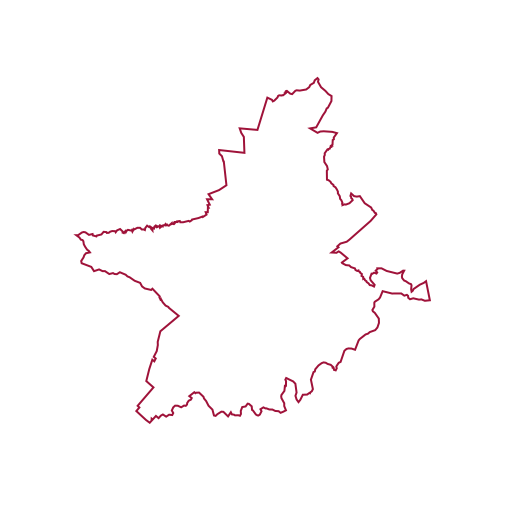 Palmar de Bravo, Puebla, Mexico, rotated 284°
{"feature_id": "50627088B49956020835761", "entity_name": "Palmar de Bravo", "entity_type": "district", "adm_level": 2, "iso_a3": "MEX", "parent_name": "Mexico", "parent_adm1": "Puebla", "projection": "robinson", "projection_center": [-97.52, 18.838], "detail": "fine", "context": "isolated", "style": "outline", "palette": "rose", "viewbox_px": 512, "rotation_deg": 284, "n_neighbors": 0, "source": "geoboundaries", "source_scale": "gbopen_adm2", "svg_char_len": 6098}
<svg xmlns="http://www.w3.org/2000/svg" viewBox="0 0 512 512"><g transform="rotate(284 256 256)"><path d="M232.7,76.6L231.2,80.2L229.5,82.1L229.5,83.8L228.6,84.9L225.7,86.1L223.6,88.0L221.2,90.7L220.6,92.4L219.3,94.0L217.6,90.4L215.2,89.2L212.9,89.0L208.8,87.6L206.8,88.6L205.6,98.8L202.1,102.5L205.0,107.0L204.2,110.7L204.8,113.1L203.0,118.0L204.8,121.4L204.3,123.1L204.7,125.4L207.3,127.8L206.3,134.1L205.1,136.2L204.8,138.5L202.6,144.3L201.9,150.1L198.9,152.8L197.6,156.0L197.7,162.5L199.2,163.4L193.5,172.4L192.5,172.3L191.2,173.4L191.5,173.8L190.4,174.2L190.7,174.7L188.5,176.7L186.0,180.3L185.4,183.2L184.6,184.1L179.2,195.5L159.8,181.4L148.9,181.4L145.8,182.3L139.7,182.7L133.4,181.2L132.3,183.5L129.2,182.8L130.3,180.5L120.6,179.8L108.1,179.8L103.7,188.3L82.0,177.4L80.8,179.5L76.6,177.4L70.3,188.9L68.5,193.2L71.6,194.9L71.9,194.3L72.9,194.1L72.3,195.3L76.6,197.6L75.1,200.7L78.1,202.3L79.7,204.0L78.4,207.7L81.0,210.1L81.4,213.2L83.6,213.7L85.7,211.7L89.1,212.3L91.2,213.7L91.8,216.3L91.1,220.0L93.5,222.4L93.6,224.1L95.2,225.0L96.7,224.8L99.3,225.7L100.9,227.6L102.6,228.0L103.9,225.2L108.9,229.1L108.2,230.4L108.9,231.1L109.7,233.8L106.7,239.1L105.2,240.0L103.2,242.7L99.2,246.2L96.4,250.9L91.1,253.8L91.1,255.5L93.2,256.8L96.6,260.1L96.9,262.1L93.6,267.7L98.3,269.4L96.5,270.9L96.7,273.1L96.3,274.1L97.2,277.4L97.1,279.1L99.1,279.6L102.0,278.7L106.1,279.2L107.5,282.3L110.7,283.6L110.8,284.9L109.1,288.2L105.7,289.4L105.4,290.4L102.2,294.2L101.7,295.9L101.8,296.9L103.1,298.1L106.7,298.9L108.4,297.4L110.9,299.8L110.4,302.1L110.7,303.0L110.3,306.1L111.0,309.0L110.3,312.2L110.9,315.5L109.8,317.8L111.4,320.0L113.5,322.4L117.2,319.7L120.0,319.0L124.2,315.1L125.9,314.4L127.3,314.3L132.0,316.2L136.7,315.5L136.5,316.1L137.2,316.5L141.9,315.4L143.1,314.4L144.9,314.8L143.3,322.4L141.6,325.1L133.3,328.4L129.9,328.1L126.6,330.1L124.5,332.6L127.2,333.8L132.7,335.0L133.9,339.1L136.0,340.9L135.9,341.6L136.8,341.7L138.3,342.9L140.6,343.4L149.3,339.2L157.3,339.9L158.2,341.0L160.4,340.9L164.9,343.1L167.9,345.6L169.1,347.3L169.3,349.5L168.6,351.6L168.5,354.8L166.8,357.9L166.1,357.5L165.7,358.7L164.4,359.2L164.3,361.0L166.6,361.5L168.1,360.7L169.1,360.9L172.4,362.1L173.7,363.7L185.4,364.7L187.7,366.3L188.7,368.1L189.3,371.1L189.0,374.8L198.9,376.0L200.6,376.8L206.4,381.3L207.7,383.4L209.7,384.8L212.9,389.6L216.0,391.1L220.8,391.5L225.0,390.3L229.6,385.0L230.6,382.8L231.8,382.0L235.5,383.1L239.3,382.1L240.3,382.3L243.6,385.4L245.7,386.4L252.5,387.4L252.5,397.0L254.8,406.0L253.4,409.5L254.8,411.8L254.1,413.2L252.3,413.8L251.3,415.9L253.0,418.8L253.1,424.7L253.9,427.0L253.4,430.7L255.1,435.4L272.7,427.1L270.5,425.3L267.8,421.9L262.1,416.9L260.2,416.5L259.0,415.6L261.2,414.6L265.2,414.0L266.2,413.2L266.4,411.1L267.8,407.4L268.0,405.7L269.8,403.3L271.1,402.6L273.5,402.3L277.6,403.3L277.4,402.3L274.4,399.5L273.1,397.3L273.1,386.4L274.4,380.8L273.4,376.7L272.7,377.0L270.8,375.7L269.3,377.6L268.1,377.1L268.4,374.6L266.8,373.1L266.8,372.4L262.3,371.9L260.2,373.1L256.7,378.1L254.9,377.9L255.5,375.4L255.3,373.4L256.7,371.8L257.5,369.7L258.3,369.2L258.8,367.7L260.0,366.7L260.3,366.1L259.8,365.6L261.7,365.0L262.2,363.2L264.1,363.1L265.1,360.9L265.8,360.6L266.1,359.0L266.7,358.8L266.0,357.8L266.5,355.9L267.9,355.0L268.2,350.9L269.4,348.8L268.9,345.4L269.9,341.4L270.4,340.9L275.9,345.4L279.8,337.3L280.5,335.1L278.6,333.3L277.7,328.6L284.4,333.9L285.1,332.6L288.5,334.9L291.8,340.6L294.5,342.7L317.7,358.7L325.5,362.7L326.6,361.9L326.6,360.9L328.4,359.0L328.8,357.7L330.9,356.0L333.5,348.7L339.2,342.3L338.0,339.4L337.8,336.7L339.7,333.2L337.1,333.1L336.5,333.9L335.1,334.5L334.7,335.5L333.6,336.3L329.8,333.9L327.6,330.7L327.6,329.6L326.4,327.8L327.1,327.8L327.4,326.9L328.5,327.0L330.8,325.3L331.8,323.8L334.3,322.8L336.6,320.3L338.3,319.9L340.1,318.4L341.9,316.5L342.6,314.4L343.7,313.9L344.8,311.4L346.0,310.4L347.1,308.1L347.2,306.4L355.9,304.1L357.4,304.7L360.4,303.2L363.7,299.6L368.8,298.0L370.7,298.3L372.3,297.8L376.6,299.5L376.6,300.3L377.3,300.3L378.0,301.6L379.6,301.8L380.0,302.6L380.8,302.1L381.2,303.0L381.6,302.5L382.5,303.3L387.1,302.4L388.1,303.3L389.8,302.8L394.8,304.8L394.9,300.0L393.4,291.5L392.3,288.2L390.4,285.9L392.9,277.6L395.4,283.3L408.6,286.8L412.9,288.4L416.3,288.9L417.3,289.9L424.6,291.7L429.5,290.6L430.6,287.0L433.0,283.4L435.5,278.3L440.0,274.0L442.5,274.0L443.5,272.6L440.7,270.5L438.0,270.2L435.1,267.3L432.7,266.8L429.7,264.4L427.1,258.5L426.6,255.3L425.8,254.2L421.8,251.9L421.8,249.9L423.7,246.0L423.4,245.3L422.9,245.0L422.3,246.0L421.3,244.8L421.0,245.3L418.5,243.4L418.3,242.1L418.7,241.9L417.9,241.9L417.5,239.6L416.6,238.7L415.0,238.5L411.1,236.1L410.1,234.9L411.4,233.7L412.4,228.7L378.7,226.9L375.9,209.3L371.9,211.9L368.6,215.4L353.3,219.8L349.9,194.6L346.5,195.6L344.6,198.8L339.9,201.5L339.9,201.9L317.5,210.2L311.0,204.2L304.5,195.0L300.4,199.7L299.2,194.8L294.6,198.7L293.6,196.6L291.5,198.3L291.4,197.6L286.8,198.6L286.3,196.6L284.2,198.0L281.0,195.0L281.4,194.6L278.9,191.0L275.9,185.1L275.1,185.0L273.4,183.4L273.8,182.2L271.1,177.1L270.4,174.4L271.5,173.6L270.5,171.1L269.9,171.4L269.3,168.9L268.2,169.3L267.1,168.7L267.0,168.1L267.7,167.7L266.4,166.1L267.1,166.0L264.3,164.1L264.4,162.6L265.1,161.9L264.9,161.3L264.1,161.7L263.9,161.3L264.9,160.4L263.7,160.0L263.6,158.5L264.0,158.4L262.1,158.4L262.4,156.2L261.4,156.9L260.2,156.0L261.7,155.2L262.3,155.6L260.5,153.6L261.0,153.2L260.8,152.8L260.2,153.0L259.8,152.5L260.5,151.4L262.1,151.9L259.9,150.3L258.0,150.4L258.1,149.4L257.7,149.6L257.1,148.9L255.8,149.3L256.8,147.9L257.2,148.4L258.5,147.4L259.0,146.1L258.2,146.1L258.2,145.3L259.1,143.0L256.4,141.8L254.3,141.9L254.6,140.5L254.1,138.8L255.3,136.7L254.7,134.1L252.1,131.2L252.4,130.9L249.8,130.2L251.2,129.3L250.5,129.0L250.4,125.4L249.4,124.5L247.7,124.0L248.7,123.3L248.4,123.1L246.2,122.3L246.4,121.1L247.1,121.4L249.3,117.6L247.3,115.0L245.1,114.1L246.0,113.3L245.4,110.4L244.3,108.6L242.9,107.5L242.3,105.7L243.0,105.1L242.6,102.3L239.5,100.8L237.3,96.6L236.4,96.4L236.5,92.7L237.8,92.1L236.1,88.8L237.7,84.8L237.6,83.0L236.7,81.4L233.2,78.4L232.7,76.6Z" fill="none" stroke="#9f1239" stroke-width="2"/></g></svg>